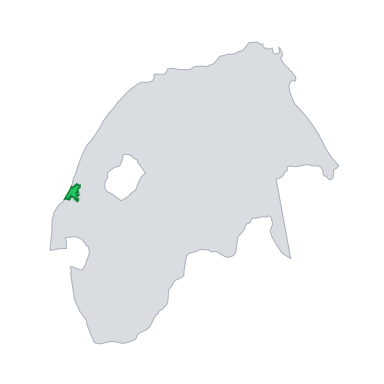 iLembe, KwaZulu-Natal, South Africa (highlighted), rotated 171°
{"feature_id": "47623444B69150070479938", "entity_name": "iLembe", "entity_type": "district", "adm_level": 2, "iso_a3": "ZAF", "parent_name": "South Africa", "parent_adm1": "KwaZulu-Natal", "projection": "natural_earth1", "projection_center": [31.231, -29.241], "detail": "fine", "context": "in_parent", "style": "filled", "palette": "green", "viewbox_px": 384, "rotation_deg": 171, "n_neighbors": 0, "source": "geoboundaries", "source_scale": "gbopen_adm2", "svg_char_len": 7621}
<svg xmlns="http://www.w3.org/2000/svg" viewBox="0 0 384 384"><g transform="rotate(171 192 192)"><path d="M272.2,54.7L282.0,53.2L286.4,54.0L291.8,56.4L296.7,57.2L305.1,56.4L308.0,56.7L310.3,57.5L312.0,58.8L314.4,68.1L316.5,78.1L316.4,81.3L316.7,82.5L319.1,86.7L320.0,89.4L321.4,91.5L324.4,102.1L324.8,104.0L324.7,129.7L323.5,132.8L324.0,136.9L322.6,137.4L314.3,132.2L312.8,132.4L310.5,134.4L308.3,137.4L307.3,140.0L303.1,146.9L302.8,151.3L303.2,155.1L304.6,155.2L305.6,157.9L307.9,162.2L311.7,165.0L315.3,166.3L320.2,166.6L324.2,166.5L323.9,163.6L324.8,155.8L331.4,156.7L341.1,156.5L340.4,161.5L336.9,173.1L334.6,186.1L331.7,192.7L330.0,195.4L325.4,200.2L322.9,201.8L320.8,202.4L312.8,212.0L309.8,216.7L307.2,223.5L304.5,227.3L300.7,235.3L294.0,247.0L288.3,254.8L285.7,257.0L284.0,258.0L279.5,262.5L273.2,269.7L268.4,276.1L261.1,283.4L256.9,286.6L250.7,292.8L248.9,293.7L241.9,299.5L236.8,303.1L228.6,307.2L225.3,308.3L217.4,307.2L214.2,307.8L211.5,310.3L211.3,313.8L210.2,314.4L202.9,312.7L199.9,313.0L198.2,314.9L196.9,317.3L192.8,317.4L185.4,314.9L176.7,313.4L174.7,313.2L170.6,315.1L169.1,315.4L163.0,315.0L159.6,313.8L156.3,313.8L153.9,314.8L150.9,315.1L142.9,321.8L138.7,321.8L135.1,322.5L128.7,321.6L126.8,322.1L124.9,323.2L120.6,323.7L118.9,324.7L111.8,330.8L108.7,330.2L104.9,330.1L100.4,326.9L98.8,327.1L99.2,326.1L99.3,324.4L97.7,322.6L96.0,322.7L95.0,321.3L92.4,321.1L90.3,321.6L89.7,315.9L88.7,315.4L86.0,315.3L84.8,315.5L84.2,316.0L83.6,317.3L83.7,321.2L82.7,320.1L81.6,317.7L81.2,315.2L81.5,312.2L83.4,311.1L82.7,307.4L79.4,300.9L77.4,299.5L75.9,296.2L74.4,295.0L73.7,292.6L72.2,290.8L71.6,287.8L72.3,286.1L73.5,285.2L74.8,286.7L76.4,286.1L78.6,284.0L79.8,280.7L79.7,275.6L79.2,272.3L77.1,264.0L76.2,262.1L72.0,256.1L67.0,248.1L60.6,235.5L57.5,227.9L52.6,212.6L48.5,203.9L43.5,195.9L42.9,195.3L43.6,194.3L46.1,192.5L47.2,192.0L47.8,192.2L48.4,191.7L48.9,190.4L49.2,187.6L50.3,184.6L51.3,183.3L53.5,182.4L55.3,183.6L56.0,184.7L56.3,186.1L57.1,186.8L58.3,186.8L59.2,187.7L59.7,189.5L59.7,190.9L59.0,191.7L59.2,192.8L60.1,194.1L61.1,197.1L65.7,198.6L68.3,198.8L70.8,199.6L73.1,200.9L76.9,201.2L82.1,200.6L86.4,200.9L89.9,202.1L92.3,202.4L93.8,201.6L94.5,200.4L94.2,198.8L94.9,197.9L96.6,197.5L98.0,196.3L99.0,194.4L101.3,192.8L105.0,191.6L106.9,191.7L104.9,110.9L111.7,116.5L113.3,119.1L116.7,126.6L120.3,136.0L120.9,140.5L120.8,141.4L117.5,147.6L117.5,150.6L117.9,154.1L118.8,155.9L119.8,156.5L122.2,155.6L125.8,156.5L132.8,156.1L136.3,156.6L137.2,156.3L138.0,155.5L138.8,153.4L139.6,152.7L142.9,151.8L144.3,150.6L146.5,146.3L153.3,140.7L154.1,139.4L158.2,125.9L159.5,124.0L161.4,122.7L165.2,121.7L167.5,122.2L169.9,123.4L172.7,125.4L176.8,129.0L178.2,129.6L182.3,129.7L184.8,132.2L192.5,133.8L194.7,133.7L197.1,132.4L201.0,132.5L205.2,131.5L207.7,129.2L212.5,114.4L213.0,111.2L213.5,110.3L217.5,108.6L222.4,107.4L223.4,106.7L226.4,102.6L230.3,99.2L233.0,87.4L234.8,84.6L235.9,83.4L236.6,83.4L237.6,82.7L238.9,81.2L240.5,80.3L242.3,80.0L243.5,79.0L244.0,77.5L245.0,76.7L246.3,76.7L247.1,76.2L247.3,75.2L250.2,72.7L250.3,71.6L252.0,69.1L255.3,65.2L258.5,63.0L261.4,62.5L266.9,60.5L268.8,58.6L270.1,56.1L272.2,54.7ZM264.1,228.5L268.9,226.6L272.4,223.9L273.2,219.1L275.9,216.2L276.9,213.4L277.6,209.7L276.0,205.7L273.8,204.5L269.7,201.1L267.9,198.8L265.4,196.9L263.7,194.5L260.9,195.3L256.6,197.2L253.9,198.9L251.7,200.9L247.6,202.4L243.9,208.9L242.7,210.4L239.8,215.1L235.5,217.5L235.4,218.3L236.9,222.2L238.9,226.0L241.0,229.2L240.9,231.1L241.6,232.7L243.5,233.7L246.7,237.6L248.3,238.9L253.0,239.8L253.7,239.6L255.0,237.3L255.2,235.6L258.3,230.5L259.7,229.0L264.1,228.5Z" fill="#d9dde1" stroke="#a8b0b8" stroke-width="1"/><path d="M310.1,216.3L310.5,215.9L310.7,215.7L310.8,215.5L310.9,215.2L311.0,214.9L311.3,214.5L311.5,214.2L311.8,213.8L311.9,213.7L312.0,213.6L312.1,213.4L312.4,213.0L312.5,212.7L312.8,212.5L312.8,212.4L312.9,212.1L313.2,211.8L313.8,211.2L314.2,210.7L314.4,210.5L314.5,210.3L314.7,210.2L314.8,210.0L314.8,209.9L314.9,209.6L315.3,209.3L315.5,209.2L315.6,208.9L315.8,208.8L316.5,208.0L317.1,207.4L317.7,206.6L318.3,205.7L318.7,205.3L319.0,204.9L317.2,204.9L316.9,205.1L316.7,205.0L316.6,204.9L316.6,205.0L316.3,205.0L316.3,204.9L316.2,204.8L316.3,204.6L316.2,204.6L316.0,204.8L316.0,204.7L315.8,204.5L315.8,204.3L315.5,204.3L315.3,204.3L315.2,204.1L315.3,203.9L315.2,203.8L315.0,204.1L314.9,204.0L314.9,203.9L315.1,203.8L315.1,203.5L315.0,203.3L315.0,203.5L314.8,203.5L314.7,203.6L314.4,203.7L314.2,203.6L314.1,203.8L314.1,203.7L313.9,203.7L313.8,203.8L313.7,203.8L313.6,204.1L313.6,204.3L313.6,204.5L313.5,204.8L313.3,205.0L313.5,205.0L313.6,205.5L313.4,205.6L313.3,205.8L313.2,205.6L312.9,205.6L313.0,205.8L312.9,205.8L313.0,205.9L313.0,206.0L312.8,205.9L312.8,206.0L312.7,206.0L312.8,206.1L312.7,206.2L312.8,206.3L312.7,206.4L312.7,206.5L312.8,206.5L312.7,206.6L312.6,206.8L312.5,207.0L312.4,207.1L312.3,207.5L312.2,207.5L312.1,207.4L311.9,207.4L311.9,207.2L312.1,207.0L312.1,206.9L312.1,206.5L312.0,206.3L311.9,206.2L311.8,206.3L311.7,206.5L311.6,206.8L311.4,207.0L311.2,206.9L311.2,206.6L311.3,206.5L311.2,206.4L311.0,206.1L310.7,206.1L310.5,205.7L310.2,205.6L309.9,205.4L309.9,205.1L310.0,205.0L310.0,204.8L309.9,204.7L309.7,204.8L309.4,204.7L309.2,204.4L309.0,203.9L308.9,203.7L309.0,203.2L309.0,202.8L308.7,202.9L308.4,202.8L308.2,202.9L308.3,203.2L308.5,203.3L308.5,203.5L308.4,203.6L308.1,203.5L308.1,203.3L308.1,203.0L308.1,202.8L307.9,202.6L307.6,202.6L307.3,202.3L307.4,201.8L307.4,201.7L307.2,201.5L307.2,201.4L307.3,201.3L307.4,201.1L307.4,200.9L307.3,200.7L306.9,200.5L306.6,200.6L306.5,201.0L306.4,201.1L306.2,201.0L305.7,201.3L305.4,201.6L305.5,202.1L305.6,202.3L305.4,202.4L305.3,202.6L305.7,202.7L305.8,202.6L305.8,202.8L305.7,202.8L306.0,202.7L306.1,202.8L305.8,203.1L306.2,203.1L306.4,203.1L306.8,204.7L307.2,205.5L306.8,205.6L306.3,205.5L305.9,205.8L305.7,205.7L305.0,205.9L305.0,206.0L305.1,206.3L304.8,206.4L304.8,206.5L304.7,206.4L304.6,206.5L304.3,206.7L304.0,206.8L304.3,207.0L304.4,207.3L304.5,207.3L304.8,207.4L304.9,207.5L305.0,207.5L304.9,207.6L305.0,207.7L305.3,207.7L305.5,207.8L305.6,207.7L305.8,207.7L305.8,207.8L305.7,207.7L305.6,207.8L305.8,207.9L305.8,208.0L305.9,208.3L306.0,208.2L306.1,208.3L306.4,208.6L306.5,208.6L306.5,208.8L306.4,208.8L306.5,208.9L306.5,209.0L306.4,209.1L306.5,209.4L306.4,209.5L306.5,209.6L306.2,209.7L305.9,209.7L305.6,209.7L305.4,209.7L305.3,209.9L305.0,209.7L304.9,210.0L304.5,209.8L304.6,210.0L304.4,210.0L304.3,210.3L304.2,210.4L304.2,210.5L304.1,210.8L304.2,211.0L304.2,210.9L304.3,210.9L304.4,211.0L304.5,211.2L304.7,211.3L304.6,211.7L304.6,211.8L304.7,212.0L304.9,212.0L305.0,212.2L305.3,212.2L305.2,212.2L305.1,212.4L304.9,212.6L304.8,212.8L304.7,212.9L304.0,212.6L303.0,213.6L303.0,214.2L302.5,214.5L302.6,213.7L302.2,213.7L302.2,213.9L302.1,214.1L302.1,214.3L301.9,214.6L301.8,214.8L301.7,215.0L301.8,215.2L301.7,215.3L301.4,215.8L301.4,216.0L301.5,216.3L301.8,216.2L301.8,216.3L301.8,216.2L302.0,216.2L302.3,216.2L302.6,216.2L302.8,216.4L302.9,216.2L303.0,216.2L303.0,216.4L303.2,216.6L303.2,216.9L303.3,216.9L303.3,217.1L303.3,217.3L303.7,217.5L303.6,217.3L303.8,217.3L303.9,217.5L303.9,217.4L304.0,217.5L304.0,217.4L304.3,217.3L304.5,217.3L304.5,216.9L304.8,216.8L304.8,216.7L305.1,216.6L304.9,216.9L305.1,217.0L305.4,217.0L305.4,216.9L305.2,216.8L305.3,216.7L305.5,216.8L305.9,216.7L306.1,216.6L306.4,216.7L306.5,216.6L306.8,216.7L306.8,216.8L306.9,216.7L307.0,216.1L307.5,215.8L308.0,215.8L308.5,215.6L308.7,215.3L308.8,214.9L309.0,214.9L308.9,214.8L309.0,214.9L309.2,214.7L310.1,215.3L310.0,215.5L309.8,215.5L309.8,215.8L309.8,216.0L310.1,216.3Z" fill="#22c55e" stroke="#15803d" stroke-width="1.5"/></g></svg>